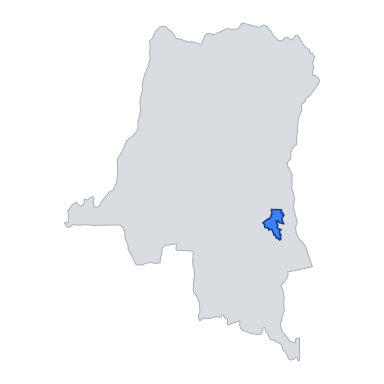 location of Nyunzu, Katanga, Democratic Republic of the Congo
{"feature_id": "63176286B34424841963647", "entity_name": "Nyunzu", "entity_type": "district", "adm_level": 2, "iso_a3": "COD", "parent_name": "Democratic Republic of the Congo", "parent_adm1": "Katanga", "projection": "equal_earth", "projection_center": [28.006, -5.86], "detail": "fine", "context": "in_parent", "style": "filled", "palette": "blue", "viewbox_px": 384, "rotation_deg": 0, "n_neighbors": 0, "source": "geoboundaries", "source_scale": "gbopen_adm2", "svg_char_len": 7702}
<svg xmlns="http://www.w3.org/2000/svg" viewBox="0 0 384 384"><path d="M312.4,266.8L287.7,272.0L288.1,273.9L287.9,275.9L287.3,277.4L284.8,281.5L281.0,285.3L281.0,286.2L282.9,290.4L284.1,296.2L283.8,306.4L284.3,309.1L284.2,311.2L282.9,313.6L280.4,325.8L282.1,331.7L287.0,337.2L289.8,341.3L294.6,342.7L295.4,342.5L295.7,339.1L299.5,337.8L299.5,359.5L299.2,360.7L298.5,361.0L297.5,360.3L297.3,358.2L296.3,357.3L291.6,360.0L290.4,359.9L289.1,359.4L288.2,358.3L287.9,356.7L284.6,350.4L283.0,350.0L281.2,344.3L273.8,340.1L271.0,339.8L269.5,338.5L268.0,334.0L265.6,331.2L265.0,328.0L264.5,327.5L263.0,328.2L261.7,333.2L260.1,334.4L257.0,334.5L249.5,333.1L244.1,330.5L242.6,330.6L240.5,328.3L239.6,324.4L240.0,321.4L239.6,320.9L231.4,323.5L229.4,325.0L227.5,324.6L227.0,323.8L227.8,321.7L227.4,319.5L226.8,318.4L224.3,317.6L223.5,315.2L222.0,314.8L221.5,315.2L221.2,316.8L220.3,317.4L215.4,316.6L210.2,318.7L203.4,318.1L200.1,320.7L199.6,320.6L198.9,319.3L198.2,315.2L198.6,314.1L199.6,313.3L199.9,311.6L199.6,307.4L199.8,306.3L199.5,303.9L198.4,300.0L196.9,296.8L193.8,292.0L193.2,289.7L193.4,284.3L194.4,275.8L194.2,269.4L192.9,265.3L192.6,260.9L193.4,252.9L192.6,251.0L176.9,250.3L176.2,249.7L175.9,248.6L176.6,243.9L167.1,245.1L164.2,246.0L162.4,247.9L161.9,250.4L161.8,253.8L160.4,257.1L160.1,262.7L157.4,263.3L154.8,263.3L149.7,262.2L144.7,263.7L142.3,265.3L141.0,264.5L136.6,265.1L136.0,264.7L130.8,253.6L128.5,250.0L128.0,248.2L128.2,246.4L127.6,244.1L125.1,238.5L124.7,235.8L124.8,231.7L124.5,230.3L122.3,226.7L120.9,225.5L119.3,224.9L93.7,225.4L85.2,224.7L79.0,225.2L75.9,224.9L75.0,224.4L72.2,225.1L70.7,226.6L68.5,227.4L67.1,227.1L64.4,223.0L68.0,222.2L68.3,221.8L68.4,212.0L67.5,210.6L69.4,208.9L72.5,204.5L75.5,203.0L75.9,202.1L76.6,202.1L77.7,204.0L80.4,206.3L83.6,204.3L84.0,203.7L84.3,199.4L85.2,199.1L86.6,200.0L87.3,200.0L88.8,198.8L92.9,196.6L94.2,199.4L93.0,201.8L93.6,203.5L93.7,206.2L94.4,206.8L97.7,207.1L98.6,206.5L105.1,196.8L106.8,195.7L109.5,191.8L113.2,190.1L114.7,187.0L116.8,181.6L117.7,173.7L117.3,160.2L117.6,158.3L122.0,152.2L126.5,141.1L129.6,138.2L131.9,137.0L135.4,133.0L138.2,128.9L137.8,124.0L138.5,119.9L140.0,114.7L140.5,109.3L140.0,103.5L140.2,98.8L142.3,91.2L142.5,82.6L144.4,75.3L148.2,66.1L150.0,59.3L149.7,52.5L150.2,47.5L150.0,44.6L149.3,42.1L149.7,40.5L151.1,39.8L152.9,37.3L156.1,30.6L159.5,27.4L161.9,26.4L164.4,26.5L166.0,27.1L168.6,29.7L171.6,31.7L173.8,34.3L176.0,38.4L181.3,39.3L183.6,40.7L185.0,41.3L185.5,40.9L186.6,41.1L189.1,42.3L191.1,41.6L200.9,44.3L202.1,43.0L204.8,36.0L206.9,33.7L210.3,33.4L212.9,34.7L214.3,34.7L226.4,28.8L228.0,28.5L232.4,29.9L235.2,29.0L236.4,29.3L238.8,28.2L240.9,24.1L242.5,23.0L259.9,27.5L262.6,25.3L263.8,25.1L267.7,26.7L268.9,29.3L271.2,31.4L272.8,35.1L275.4,37.1L276.7,39.0L278.3,40.4L281.4,40.9L285.4,37.6L288.3,37.9L291.1,39.7L292.1,39.6L294.2,37.7L295.4,35.7L296.5,35.2L298.1,36.1L299.5,38.0L300.7,40.8L305.1,47.0L309.3,49.7L310.3,53.5L311.9,53.1L312.6,53.5L313.7,55.9L314.5,56.4L314.6,57.4L313.6,59.7L312.6,64.0L313.9,66.7L312.8,70.6L312.3,74.6L313.6,75.6L315.4,75.5L317.0,77.6L318.3,78.0L319.6,80.2L319.3,82.0L315.1,88.6L308.9,96.6L306.8,97.6L305.7,99.0L305.0,101.4L303.1,103.4L301.7,104.2L301.6,110.0L299.5,116.0L298.7,117.2L297.6,127.0L297.8,128.6L296.6,136.6L296.8,144.1L293.8,146.4L291.7,150.1L290.8,152.6L290.9,158.6L287.4,162.4L287.2,163.2L288.0,167.4L289.3,168.1L289.3,169.6L292.1,174.1L291.9,188.2L292.1,189.6L293.5,193.0L294.5,199.3L293.4,207.5L297.2,222.3L295.5,227.8L296.3,233.0L298.5,238.4L303.8,243.8L305.3,246.0L306.6,249.0L307.8,253.6L312.4,266.8Z" fill="#d9dde1" stroke="#a8b0b8" stroke-width="1"/><path d="M276.0,236.5L275.9,236.6L275.8,236.9L275.9,237.1L275.9,237.3L276.0,237.4L276.2,237.8L276.4,238.1L276.5,238.1L277.1,238.3L277.4,238.4L277.5,238.5L277.8,238.6L278.1,238.7L278.3,238.5L278.5,238.4L278.8,238.5L278.8,239.0L279.1,239.3L279.3,239.4L279.6,239.9L279.7,240.1L279.8,240.1L280.0,239.9L280.3,239.7L280.6,239.3L280.8,239.2L280.9,238.7L280.9,238.4L280.9,238.2L280.6,238.0L280.5,237.8L280.5,237.6L280.3,237.4L280.3,237.2L280.2,237.0L280.3,236.5L280.3,236.4L280.5,236.2L280.8,235.9L281.0,235.4L281.0,235.1L281.0,234.8L280.9,234.7L280.7,234.3L280.4,234.3L280.3,234.2L280.1,234.2L279.8,234.2L279.6,234.3L279.5,234.1L279.5,233.9L279.6,233.7L279.7,233.4L279.8,233.1L279.8,232.7L279.6,232.2L279.5,231.5L279.5,231.4L279.6,231.2L279.8,230.9L280.7,230.0L280.9,229.7L281.0,229.6L280.7,229.5L280.4,229.5L280.1,229.4L279.9,229.3L279.6,229.3L279.2,229.5L278.9,229.3L278.7,229.1L278.6,228.9L278.6,228.7L278.4,228.6L278.3,228.4L278.2,228.4L278.0,228.2L277.9,228.0L277.7,227.8L277.4,227.8L277.4,227.7L277.2,227.5L277.1,227.4L277.2,227.0L277.3,226.6L277.6,225.5L277.7,224.9L277.6,224.7L277.5,224.4L277.4,224.3L277.3,224.1L277.2,223.9L277.1,223.7L276.9,223.4L276.7,223.3L276.6,223.1L277.0,222.5L276.8,222.4L276.6,222.0L276.1,221.4L276.7,221.3L277.1,221.1L277.6,220.8L277.8,220.7L278.2,220.7L278.3,220.7L278.4,221.0L278.5,221.1L278.5,221.5L278.6,221.8L278.9,222.1L279.1,222.2L279.2,222.4L279.5,222.6L279.7,222.9L279.8,222.9L280.0,222.9L280.3,222.6L280.5,222.6L280.6,222.8L280.8,222.8L281.0,222.9L281.2,223.0L281.3,223.2L281.4,223.3L281.5,223.3L281.8,223.3L282.2,223.5L282.3,223.4L282.5,223.4L282.8,223.5L283.1,223.7L283.3,223.8L283.6,223.9L283.8,223.8L283.8,223.7L283.6,223.4L283.5,223.1L283.2,222.6L283.1,222.3L283.0,222.1L282.9,221.8L282.8,221.5L282.7,221.1L282.5,220.9L282.4,220.8L282.3,220.6L282.2,220.4L282.3,220.2L282.4,219.8L282.3,219.6L282.3,219.4L282.1,219.3L281.9,219.1L281.8,218.7L281.9,218.3L282.0,218.1L282.1,217.9L282.3,217.5L282.5,217.2L282.9,216.7L283.1,216.5L283.1,216.3L283.3,216.1L283.4,215.9L283.6,215.8L283.6,215.7L283.8,215.3L283.9,215.1L283.7,214.9L283.4,214.9L283.2,215.0L283.1,214.9L282.9,214.9L282.7,214.9L282.8,214.7L283.0,214.4L283.1,214.2L283.2,213.6L283.2,213.4L283.0,213.1L282.0,213.0L281.7,213.0L281.4,212.8L281.2,212.7L280.9,212.5L280.8,212.1L281.0,211.9L281.2,211.7L281.6,211.2L281.8,210.7L281.6,210.4L281.4,210.0L281.4,209.9L281.2,209.8L281.2,209.7L271.3,209.5L271.3,209.8L271.6,210.3L271.6,210.5L271.5,210.8L271.5,211.3L271.6,211.5L271.8,211.8L271.9,212.0L271.9,212.4L271.9,212.5L271.9,212.8L271.7,213.1L271.8,213.5L272.0,213.9L272.1,214.0L271.9,214.2L271.7,214.3L271.4,214.5L271.2,214.8L271.1,215.0L271.2,215.5L271.3,215.9L271.2,216.0L270.9,216.4L270.7,216.9L270.5,217.2L270.4,217.4L270.3,217.5L270.3,218.1L270.1,218.4L270.0,218.6L269.8,218.8L269.7,218.7L269.3,218.7L269.2,218.8L269.1,218.6L268.8,218.5L268.5,218.7L267.9,219.1L267.4,219.4L267.2,219.6L266.9,219.7L266.7,219.7L266.4,219.9L266.1,220.3L265.8,220.4L265.6,220.5L265.4,220.7L264.9,221.2L264.1,221.9L263.6,222.3L262.9,222.9L263.1,223.1L263.5,223.4L263.9,223.5L264.2,223.7L264.3,224.0L264.3,224.3L264.2,224.4L264.6,224.7L264.8,225.0L264.8,225.4L264.6,226.1L264.6,226.8L264.6,227.1L264.8,227.2L264.9,227.4L265.1,227.5L265.3,227.5L265.7,227.7L266.1,227.6L266.3,227.6L266.5,227.7L266.8,227.7L267.0,227.6L267.3,227.7L267.3,227.8L267.6,227.9L267.8,227.9L268.0,227.9L268.2,228.0L268.2,228.4L268.2,228.7L268.3,228.9L268.4,229.1L268.5,229.5L268.7,229.2L268.8,229.1L269.1,229.3L269.3,229.4L269.5,229.7L269.6,229.8L270.2,229.4L270.4,229.3L270.6,229.4L270.9,229.5L271.2,229.4L271.4,229.4L271.5,229.4L271.5,229.5L271.9,229.8L272.1,229.9L272.2,230.1L272.2,230.3L272.3,230.6L272.4,230.8L272.5,230.9L272.5,231.0L272.8,231.4L272.9,231.7L272.9,231.8L272.9,232.0L273.0,232.3L273.2,232.6L273.3,233.0L273.5,233.1L273.5,233.3L273.6,233.6L273.7,233.9L273.7,234.1L273.8,234.1L273.8,234.3L273.7,234.3L273.7,234.5L273.8,234.6L274.0,234.8L274.0,235.2L274.4,235.2L274.5,235.2L274.8,235.1L275.0,235.2L275.3,235.2L275.4,235.3L275.6,235.6L275.8,235.9L275.9,236.2L276.0,236.4L276.0,236.5Z" fill="#3b82f6" stroke="#1e3a8a" stroke-width="1.5"/></svg>